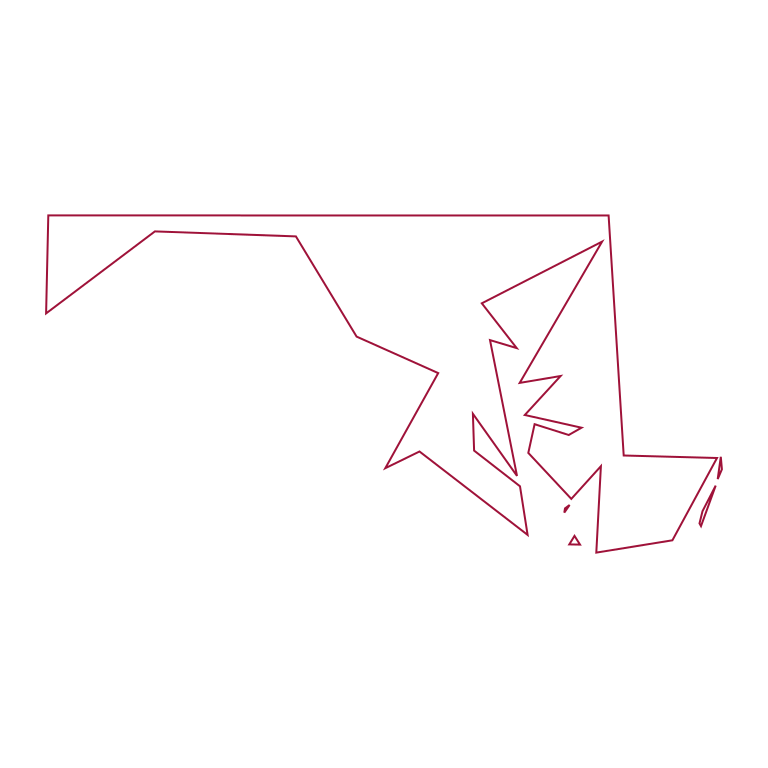 Maryland, Natural Earth projection
{"feature_id": "USA-3557", "entity_name": "Maryland", "entity_type": "State", "adm_level": 1, "iso_a3": "USA", "parent_name": "United States of America", "parent_adm1": "", "projection": "natural_earth1", "projection_center": [-76.6, 38.826], "detail": "coarse", "context": "isolated", "style": "outline", "palette": "rose", "viewbox_px": 768, "rotation_deg": 0, "n_neighbors": 0, "source": "natural_earth", "source_scale": "10m", "svg_char_len": 717}
<svg xmlns="http://www.w3.org/2000/svg" viewBox="0 0 768 768"><path d="M672.4,540.3L596.3,552.6L600.9,466.2L571.3,498.9L528.3,452.9L534.6,424.2L568.7,435.0L581.5,427.7L524.8,415.0L560.6,376.0L519.7,382.9L602.1,241.6L481.8,303.3L516.7,348.1L490.0,340.1L517.0,475.9L472.9,413.8L474.1,450.6L520.0,486.3L527.6,534.9L419.5,451.5L385.3,468.2L438.2,373.1L356.6,336.6L295.9,236.4L154.9,231.4L46.1,313.4L48.3,215.4L608.6,215.5L623.7,455.5L717.0,458.0L672.4,540.3ZM701.0,526.1L699.5,523.4L702.5,511.2L715.7,485.6L701.0,526.1ZM580.0,544.6L569.3,544.4L574.5,535.9L580.0,544.6ZM569.6,505.0L564.3,512.6L565.0,508.4L569.6,505.0ZM720.8,456.8L721.9,469.3L717.7,479.1L720.8,456.8Z" fill="none" stroke="#9f1239" stroke-width="2"/></svg>